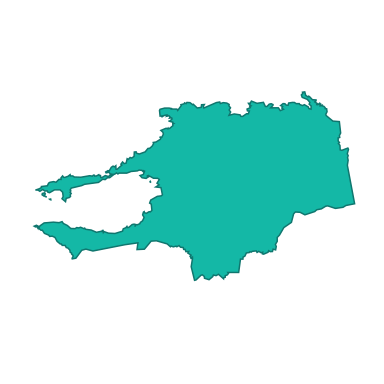 the district of Rizal, Rizal, Philippines, rotated 84°
{"feature_id": "2640588B36426397400836", "entity_name": "Rizal", "entity_type": "district", "adm_level": 2, "iso_a3": "PHL", "parent_name": "Philippines", "parent_adm1": "Rizal", "projection": "robinson", "projection_center": [121.216, 14.557], "detail": "fine", "context": "isolated", "style": "filled", "palette": "teal", "viewbox_px": 384, "rotation_deg": 84, "n_neighbors": 0, "source": "geoboundaries", "source_scale": "gbopen_adm2", "svg_char_len": 6088}
<svg xmlns="http://www.w3.org/2000/svg" viewBox="0 0 384 384"><g transform="rotate(84 192 192)"><path d="M104.2,69.4L104.3,71.7L105.5,71.5L106.9,73.1L109.4,72.5L111.9,67.7L115.2,65.4L116.9,66.3L119.0,64.5L122.1,65.0L121.2,67.1L119.6,67.4L116.9,71.1L117.6,73.1L116.1,75.9L115.3,76.1L115.0,79.2L113.7,80.7L113.4,82.7L113.6,86.6L115.8,87.4L115.5,89.1L113.9,90.4L113.6,92.2L115.3,94.8L116.5,92.9L117.9,93.9L119.3,92.4L120.3,95.7L117.3,97.3L116.5,105.0L114.4,102.5L113.5,102.3L112.5,104.0L112.7,106.0L114.8,108.5L114.6,110.1L110.3,111.6L110.6,118.1L107.8,123.4L109.8,124.9L109.7,126.6L110.4,126.3L110.4,125.0L111.6,125.6L112.5,124.3L113.1,125.6L114.2,125.2L115.3,128.6L117.1,128.4L117.5,126.5L120.1,127.8L119.9,129.6L122.1,133.7L121.9,135.5L120.3,136.1L118.8,141.9L119.6,147.2L116.5,145.2L114.3,146.5L112.3,144.9L110.1,146.3L108.8,145.9L107.2,148.1L106.4,151.6L107.0,154.6L105.4,155.0L105.6,158.4L109.7,171.4L107.9,171.8L106.3,170.6L106.2,173.4L108.8,174.0L109.0,178.0L104.9,181.5L105.3,182.1L102.9,184.7L102.4,187.7L103.5,188.7L102.6,190.0L103.5,190.8L104.0,193.9L105.0,193.7L109.4,197.7L108.0,198.3L107.3,204.0L106.8,203.8L106.1,206.2L105.7,210.6L106.4,215.1L107.5,215.8L113.2,215.8L113.2,213.5L114.4,214.5L113.0,211.8L112.7,208.7L113.2,208.2L114.0,209.1L113.8,206.9L115.1,205.9L116.2,206.7L116.1,204.5L117.3,204.2L119.1,206.6L118.9,208.0L120.6,203.8L121.6,203.9L122.0,203.1L122.3,204.0L124.1,204.1L126.4,207.6L126.6,208.8L125.9,209.1L126.6,209.7L125.9,211.1L127.5,216.5L129.5,214.7L131.4,214.4L134.3,216.2L133.9,218.5L134.9,217.2L136.3,218.0L138.5,222.5L138.7,225.4L140.0,225.2L142.3,226.9L144.1,229.5L144.1,231.3L147.2,234.4L148.7,240.5L147.5,243.3L146.2,243.4L146.2,245.2L150.6,245.9L151.9,248.4L151.2,249.9L152.9,252.0L152.1,253.0L156.4,254.5L156.6,256.6L154.9,257.9L156.9,259.8L157.9,259.0L161.6,264.1L161.4,265.2L157.9,265.0L158.9,266.5L158.0,267.8L159.0,269.7L162.2,272.0L162.0,273.5L163.4,274.3L162.6,275.0L163.1,275.8L164.0,275.4L163.7,272.5L165.4,271.4L166.2,269.0L166.2,267.0L165.1,265.1L166.3,263.8L165.6,262.5L166.4,254.9L165.2,250.3L165.3,244.2L164.7,242.3L165.2,239.7L166.7,238.4L165.7,238.1L166.3,237.0L169.5,238.6L170.2,242.0L172.6,240.2L173.7,236.2L172.9,234.8L171.2,234.7L171.0,233.5L171.5,233.0L172.9,234.5L172.0,233.3L172.2,231.8L174.3,228.9L174.8,224.7L176.1,223.2L179.6,225.9L181.5,224.0L183.2,227.5L184.4,222.4L191.7,221.7L192.6,222.9L192.7,227.0L195.7,233.9L198.6,235.3L199.8,233.8L206.1,233.8L207.4,235.5L207.1,236.7L208.4,239.6L207.7,241.4L206.5,241.6L206.9,242.4L209.6,243.5L212.3,242.3L215.6,244.3L216.8,246.5L218.1,247.2L218.9,250.0L218.5,251.3L220.6,252.5L218.4,251.5L217.9,253.0L218.1,254.9L220.6,258.6L220.6,259.9L219.4,260.3L220.6,261.5L221.4,264.2L223.7,265.2L225.2,272.9L224.2,279.4L222.2,283.6L223.0,284.4L220.9,284.5L220.9,285.1L222.5,285.5L221.5,285.6L222.1,291.2L219.3,296.2L217.9,301.9L216.7,302.5L217.1,303.5L215.4,306.5L215.9,308.6L215.3,310.3L216.2,312.1L215.6,316.4L212.3,319.4L209.9,323.2L207.9,324.3L208.6,327.4L207.5,333.0L207.3,342.3L209.8,346.8L211.5,347.9L212.9,347.5L214.3,346.1L214.4,344.8L217.7,343.1L219.9,339.0L221.3,338.2L221.3,335.6L222.9,333.0L227.0,331.3L229.9,328.5L230.1,327.3L231.5,326.7L231.9,323.7L234.1,322.9L234.6,321.5L236.9,319.6L239.3,319.4L240.0,318.2L241.2,318.2L242.6,317.0L243.5,316.9L244.9,317.9L245.5,318.2L246.0,318.1L245.7,314.4L238.4,307.7L237.7,303.5L240.3,296.7L237.4,264.2L236.9,251.1L243.5,252.7L243.9,245.3L236.6,237.8L236.8,232.5L241.0,222.1L244.2,219.2L243.6,218.5L244.6,216.3L244.2,213.5L244.9,212.8L243.9,210.5L245.7,209.2L246.3,206.5L248.2,206.3L248.3,204.9L250.7,204.3L250.8,201.5L252.3,202.5L254.7,199.5L256.1,201.1L255.9,200.2L257.5,200.0L257.0,198.8L258.0,199.3L258.0,198.4L266.2,200.6L280.1,198.7L279.9,197.2L275.7,191.7L275.5,190.3L277.3,188.6L279.1,188.6L281.0,184.2L278.3,180.2L276.8,179.4L277.7,176.8L276.6,174.3L281.6,169.7L280.6,169.5L280.3,167.9L278.7,167.7L278.1,165.4L276.6,164.2L275.8,164.7L276.9,154.0L263.8,150.8L264.1,148.4L262.1,148.0L261.3,146.1L258.3,144.3L258.2,141.4L257.4,140.7L258.0,139.5L257.3,138.2L257.3,134.3L258.9,133.6L258.0,131.8L259.7,129.5L259.3,128.0L260.9,128.4L261.3,127.2L259.9,122.7L258.4,121.9L259.5,120.5L259.6,118.2L257.3,117.3L258.3,114.9L255.0,113.9L252.8,114.5L250.0,112.4L246.1,112.0L244.0,109.5L237.0,104.4L232.6,96.3L224.3,93.2L222.7,91.3L223.5,86.6L226.5,82.1L224.3,72.0L222.7,69.8L222.3,65.1L220.1,60.5L220.0,58.4L223.3,51.1L223.0,43.4L221.5,40.3L220.7,31.5L181.7,34.7L176.7,33.4L174.0,33.7L172.1,32.9L170.3,33.6L165.9,31.9L164.6,32.4L166.2,38.6L165.6,40.2L161.1,40.0L159.1,41.3L158.2,40.2L156.6,41.3L153.5,41.0L153.2,39.4L151.2,39.5L148.9,38.0L137.4,38.1L136.2,44.5L130.0,50.6L128.6,50.8L126.3,49.3L123.3,49.4L123.0,50.8L122.0,50.8L120.5,52.0L119.9,53.7L119.3,53.5L119.7,55.4L118.3,54.9L118.4,56.6L117.6,55.3L117.0,55.7L118.3,57.8L118.1,58.8L117.0,58.3L115.2,60.5L114.3,59.1L113.4,59.0L112.8,62.6L109.4,65.2L108.9,66.0L109.6,66.6L107.8,68.8L104.2,69.4ZM172.7,284.0L170.0,279.5L170.6,277.1L169.0,274.6L169.2,272.4L167.3,269.3L166.7,272.0L167.9,273.3L166.6,276.5L168.3,280.3L168.0,281.2L166.0,281.3L165.9,282.4L165.0,282.8L166.1,285.5L166.0,287.1L165.1,287.3L164.9,288.3L165.8,289.3L165.1,292.1L165.7,301.0L164.8,307.5L163.6,308.8L163.3,311.2L162.0,311.4L163.4,313.6L164.2,316.9L164.0,318.1L162.5,319.0L164.2,320.8L165.8,320.9L165.5,322.9L168.1,326.2L167.2,328.6L167.5,332.3L168.2,333.7L170.7,335.2L170.8,341.2L171.8,341.3L172.8,343.5L173.7,347.5L174.0,345.0L175.4,343.2L173.9,340.1L175.7,338.3L175.7,336.0L177.2,335.3L177.8,333.7L175.5,328.5L176.1,322.9L178.7,320.7L183.1,320.6L185.1,322.0L188.4,318.8L185.2,317.8L184.6,314.3L183.5,313.2L182.3,313.5L180.7,312.3L179.7,313.3L178.2,312.4L177.3,313.0L175.5,311.7L174.1,301.0L173.1,298.0L172.7,284.0ZM180.7,339.5L178.5,338.1L177.4,338.6L177.8,341.0L179.1,341.4L180.7,339.5ZM209.5,352.5L210.4,351.3L210.0,348.4L208.8,350.2L209.5,352.5ZM212.0,349.0L210.8,348.7L210.8,349.6L212.0,349.0ZM184.3,334.3L184.9,333.7L185.0,333.2L184.2,333.3L184.3,334.3ZM177.5,232.7L178.3,231.9L177.1,232.4L177.5,232.7ZM181.2,338.0L181.6,337.8L181.8,337.0L181.2,338.0Z" fill="#14b8a6" stroke="#0f766e" stroke-width="1.5"/></g></svg>